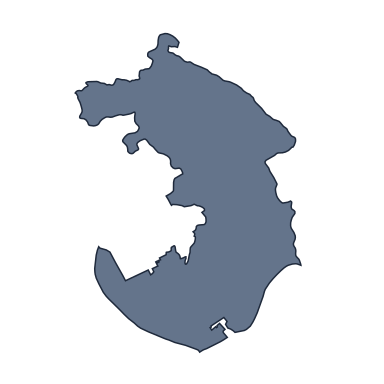 outline of Hoa Lu, Ninh Bình, Vietnam, rotated 175°
{"feature_id": "81297802B36566531846362", "entity_name": "Hoa Lu", "entity_type": "district", "adm_level": 2, "iso_a3": "VNM", "parent_name": "Vietnam", "parent_adm1": "Ninh Bình", "projection": "orthographic", "projection_center": [105.938, 20.25], "detail": "fine", "context": "isolated", "style": "filled", "palette": "slate", "viewbox_px": 384, "rotation_deg": 175, "n_neighbors": 0, "source": "geoboundaries", "source_scale": "gbopen_adm2", "svg_char_len": 6055}
<svg xmlns="http://www.w3.org/2000/svg" viewBox="0 0 384 384"><g transform="rotate(175 192 192)"><path d="M87.4,228.0L86.0,229.9L84.5,233.3L84.3,234.7L84.3,236.0L84.7,237.0L85.3,237.6L87.7,238.9L88.4,239.6L90.7,243.3L91.3,244.5L91.9,246.4L92.9,247.5L95.2,249.4L97.8,253.2L99.0,254.7L102.3,256.3L103.6,256.7L105.1,257.5L108.0,260.6L111.4,263.0L115.4,269.3L120.8,275.6L122.0,277.6L122.6,280.1L123.0,280.9L124.4,282.2L125.9,284.2L129.0,285.9L132.0,288.4L133.8,291.0L138.2,294.7L144.1,298.1L145.6,298.7L149.7,299.8L151.3,300.6L155.0,304.5L157.3,306.2L162.1,308.0L162.7,308.8L164.1,309.9L166.2,312.4L171.8,315.5L178.8,318.9L182.1,321.5L182.9,321.8L185.4,321.7L188.1,322.9L192.0,327.4L193.4,328.5L195.5,329.2L197.1,330.3L198.3,331.6L199.0,332.1L202.0,332.9L202.8,333.3L203.2,333.8L203.7,335.0L202.9,336.9L202.8,338.4L202.6,339.4L202.3,339.6L200.0,338.5L196.3,338.4L193.9,337.4L191.9,342.2L193.5,344.6L195.3,346.9L197.5,348.9L200.1,350.6L202.6,351.8L205.1,352.2L209.7,351.4L210.5,350.9L211.7,349.1L212.5,346.1L213.0,342.3L213.8,340.1L214.7,338.8L216.3,337.5L222.6,335.3L223.3,334.8L223.8,334.1L224.1,333.1L224.2,331.2L222.7,329.6L220.3,327.8L219.5,326.5L219.5,325.9L220.3,323.7L221.6,321.0L223.6,318.8L224.3,318.6L228.0,318.5L230.1,317.7L232.0,317.7L232.8,317.5L233.8,316.2L234.3,313.5L234.6,312.1L234.3,311.1L234.2,309.5L234.5,309.1L236.2,308.6L238.0,308.8L239.3,308.4L240.4,308.2L241.3,308.4L242.2,308.3L243.4,307.5L244.7,307.3L245.0,307.7L247.4,309.0L249.9,309.7L251.9,309.9L256.0,311.3L257.0,311.3L257.9,310.7L259.3,308.0L260.7,306.0L261.6,305.5L262.3,305.4L262.9,305.4L265.2,306.3L266.8,306.1L267.6,306.2L269.8,307.8L273.4,308.5L276.0,310.0L277.3,310.4L286.0,310.9L287.8,310.4L288.1,310.2L288.1,309.6L287.7,308.9L286.6,307.9L286.4,307.4L286.4,306.9L286.8,306.5L289.2,305.5L290.4,304.7L292.3,303.0L292.9,302.6L293.8,302.5L295.4,302.9L297.1,302.8L298.4,302.2L299.7,300.8L298.7,300.0L297.8,298.2L297.4,297.1L297.4,296.4L297.6,296.0L297.3,294.8L295.7,290.9L294.9,287.2L294.5,284.8L294.3,283.4L294.4,281.9L295.0,280.5L297.2,277.3L297.4,276.2L297.1,275.4L296.2,275.0L293.1,274.4L291.3,273.0L289.9,270.8L289.3,268.6L289.0,267.9L288.5,267.5L287.9,267.2L284.1,266.4L282.6,266.5L281.3,266.8L280.2,267.2L279.0,268.1L277.2,270.5L275.2,272.2L272.7,273.5L271.2,274.1L270.5,274.2L269.0,274.1L266.8,273.6L264.9,273.6L261.6,274.5L257.7,275.3L255.9,275.2L254.1,274.5L253.3,274.5L247.9,275.1L245.7,275.5L243.7,276.3L242.5,276.6L242.0,276.4L241.8,274.9L242.3,273.1L242.7,270.9L242.8,267.5L241.7,265.0L239.8,262.8L239.3,261.8L239.0,260.6L239.1,260.2L240.4,258.0L241.1,257.1L243.6,255.9L249.6,255.5L251.3,254.9L253.8,253.0L255.2,251.5L256.5,249.7L256.6,248.7L256.4,248.0L253.1,244.0L252.5,242.5L252.3,240.5L252.4,238.3L252.2,237.7L250.9,236.2L249.8,235.7L248.5,235.4L247.3,235.7L244.9,237.6L242.2,238.6L241.6,239.2L241.5,240.0L242.7,243.5L242.8,244.2L242.6,245.0L242.2,245.5L241.6,246.2L239.0,247.7L235.1,248.9L233.9,248.7L232.7,247.7L229.9,243.1L226.5,240.1L225.0,237.8L222.5,234.6L221.9,234.1L221.0,233.7L217.2,232.5L213.5,230.2L212.5,229.2L211.8,228.5L211.1,227.3L210.7,226.0L210.6,224.7L210.9,222.0L210.4,219.7L209.5,218.6L208.9,217.8L207.4,216.9L206.5,216.7L203.1,216.9L202.4,216.8L201.8,216.4L201.0,215.7L200.1,213.5L199.7,212.2L199.7,210.8L200.8,210.4L207.9,207.0L208.8,205.6L209.5,203.2L210.3,195.2L210.8,194.3L213.6,192.3L218.1,190.2L216.3,186.6L214.2,181.6L213.6,180.5L212.4,181.3L208.1,180.7L203.1,179.3L201.0,178.0L194.2,178.5L192.0,179.2L191.4,179.5L190.8,179.6L188.0,177.9L186.3,177.6L184.5,176.8L182.7,175.7L181.2,174.2L181.1,172.9L181.3,172.4L183.9,170.8L180.5,165.9L180.4,163.6L180.6,161.2L181.3,159.7L182.1,158.8L182.7,158.5L188.0,158.5L189.6,158.2L190.7,157.2L191.0,155.5L191.8,153.9L192.7,153.2L194.4,152.3L193.1,150.7L192.9,149.9L193.2,149.0L193.7,147.8L192.7,147.2L192.6,146.2L192.9,144.5L193.5,142.5L194.3,140.8L197.8,137.5L198.5,136.6L198.9,134.5L199.2,132.0L200.1,129.8L201.9,123.5L203.6,120.9L204.4,120.6L204.9,120.8L205.2,122.0L204.9,124.1L203.8,126.4L203.7,128.0L204.4,128.0L206.2,127.2L208.6,126.6L209.4,126.6L209.6,128.8L210.0,130.2L211.0,131.6L213.1,133.5L213.4,135.0L213.6,138.6L213.8,139.4L214.2,139.9L214.6,140.0L217.3,138.7L217.6,138.1L217.8,135.7L218.3,135.1L220.4,134.3L222.8,134.2L223.0,133.8L223.2,131.8L230.1,129.1L229.3,127.2L231.4,126.7L230.9,125.3L232.3,124.6L232.9,126.1L234.2,125.5L232.5,121.2L238.2,119.1L237.0,115.8L238.5,114.2L240.4,113.1L242.4,118.1L266.0,109.4L268.2,114.7L274.4,128.4L279.0,139.3L282.5,141.8L288.6,144.1L289.7,145.6L291.3,142.3L292.9,137.5L294.9,127.7L295.6,124.1L295.7,120.6L295.6,118.4L294.9,114.6L292.8,108.7L289.1,99.8L286.5,95.6L284.4,92.9L274.0,80.7L270.2,76.0L266.1,71.3L260.9,66.5L257.8,63.1L255.0,60.8L247.6,56.5L231.1,47.9L228.0,46.6L222.2,43.6L211.7,39.8L201.3,34.9L199.9,34.2L198.7,32.7L198.3,31.8L196.3,32.9L194.1,33.9L191.1,34.7L177.0,40.3L173.6,41.9L169.5,44.1L173.0,49.1L173.2,49.9L173.0,50.8L171.1,52.3L176.0,58.7L178.7,56.7L178.5,55.4L179.5,54.8L180.2,55.7L184.4,52.7L185.8,55.3L184.6,55.8L184.7,56.9L171.2,64.2L168.4,60.0L170.1,57.2L168.1,53.3L165.6,52.2L162.9,50.1L161.4,48.4L151.9,49.5L149.7,50.4L145.6,53.3L142.6,57.3L140.6,60.5L137.6,65.9L130.3,81.8L128.5,86.7L127.5,88.7L122.9,94.5L118.6,98.8L114.7,102.3L110.3,105.9L106.9,108.4L104.5,109.8L102.6,110.6L98.2,111.5L94.9,111.5L93.3,111.1L89.9,109.5L90.0,110.6L90.9,114.4L91.4,115.7L93.3,118.1L93.9,119.1L94.2,119.9L94.1,122.0L93.8,123.6L93.7,125.2L94.0,127.0L95.1,129.1L95.5,130.4L95.5,131.6L95.1,132.7L93.4,136.0L93.0,137.8L93.0,139.4L94.0,142.8L96.2,147.0L96.6,148.5L96.7,150.0L96.4,152.8L95.5,155.5L94.4,158.0L91.4,161.6L91.2,163.5L91.7,164.3L92.6,165.2L94.0,166.2L94.4,167.4L94.5,168.9L93.6,172.7L93.7,173.5L94.6,174.4L97.2,173.5L101.9,173.1L102.8,173.2L103.6,173.7L105.4,175.7L107.1,178.4L108.0,180.7L108.6,184.4L108.7,187.0L108.4,188.7L106.7,192.1L106.7,192.8L109.2,199.1L112.6,205.8L113.5,209.2L116.4,213.9L116.6,214.6L116.6,215.4L116.5,216.0L115.4,217.2L106.5,221.3L104.4,222.9L103.6,223.2L102.5,223.4L98.4,223.2L95.4,223.7L92.2,225.0L89.6,227.0L88.9,227.8L87.4,228.0Z" fill="#64748b" stroke="#1e293b" stroke-width="1.5"/></g></svg>